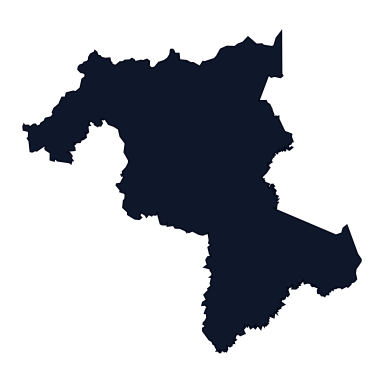 Caucasia, Antioquia, Colombia
{"feature_id": "7082276B49158804939428", "entity_name": "Caucasia", "entity_type": "district", "adm_level": 2, "iso_a3": "COL", "parent_name": "Colombia", "parent_adm1": "Antioquia", "projection": "orthographic", "projection_center": [-75.012, 7.838], "detail": "fine", "context": "isolated", "style": "filled", "palette": "ink", "viewbox_px": 384, "rotation_deg": 0, "n_neighbors": 0, "source": "geoboundaries", "source_scale": "gbopen_adm2", "svg_char_len": 5950}
<svg xmlns="http://www.w3.org/2000/svg" viewBox="0 0 384 384"><path d="M360.9,261.5L361.0,259.3L357.5,254.2L346.9,225.2L343.2,228.2L341.9,233.2L335.9,235.2L275.2,209.4L274.1,207.9L276.3,208.6L276.9,203.7L278.7,202.1L276.9,202.6L276.3,201.3L278.3,199.3L277.1,199.4L276.8,198.2L278.0,196.3L273.9,194.2L275.2,193.3L273.4,190.8L275.4,191.7L276.0,190.7L272.8,187.6L274.8,185.7L273.7,186.1L273.1,184.4L271.2,184.6L270.0,187.6L268.7,188.0L268.1,186.9L269.2,184.1L264.0,181.9L264.5,180.8L263.2,180.1L264.0,179.0L262.4,178.8L261.8,177.0L266.3,172.6L269.7,167.5L268.2,166.3L268.9,164.1L267.9,164.2L267.9,163.0L269.2,163.7L271.9,162.0L270.8,161.1L272.5,157.4L273.8,156.8L273.9,154.9L275.6,155.2L273.6,153.8L275.4,152.3L277.3,153.6L278.8,150.4L279.3,151.5L280.9,150.9L282.3,148.8L282.6,150.7L284.1,149.5L285.0,150.8L285.7,149.9L284.6,148.4L285.0,147.2L289.3,150.1L292.6,147.5L291.7,146.8L289.5,148.7L288.2,146.5L288.8,144.5L290.7,144.1L291.9,141.7L293.0,141.6L291.2,136.8L291.6,134.2L284.6,131.5L278.7,119.0L278.7,116.2L277.2,116.8L276.0,116.1L275.2,117.3L273.3,115.8L273.8,114.9L272.4,111.2L271.6,111.5L272.0,109.4L269.6,104.5L267.2,103.1L266.1,100.7L258.8,100.8L268.5,74.9L271.3,77.1L274.3,76.1L280.5,77.5L282.7,75.8L281.6,73.7L281.4,31.4L276.3,38.1L274.2,45.2L272.6,46.8L263.4,45.4L262.1,44.0L256.4,44.3L248.0,37.0L243.0,42.3L237.8,44.3L234.9,46.7L226.9,46.4L220.6,49.2L216.6,56.4L214.2,58.8L204.6,61.9L202.9,61.6L199.9,66.6L193.4,62.8L190.5,62.8L186.7,60.7L179.5,59.9L178.9,53.5L174.9,53.5L173.5,50.1L172.2,49.3L170.7,49.6L170.0,54.5L167.5,58.4L164.2,60.7L158.7,62.5L154.9,67.1L152.4,68.0L150.7,67.6L149.1,65.8L149.4,61.2L147.0,59.4L143.0,60.9L141.1,60.4L135.9,61.6L134.5,61.2L134.2,59.9L132.0,58.5L129.5,60.2L125.0,60.3L122.9,61.9L119.8,62.0L116.1,65.2L114.1,65.3L111.1,63.3L111.6,62.4L110.5,61.8L109.8,58.1L105.5,58.5L101.6,57.6L100.0,55.8L98.0,55.6L96.6,52.0L94.9,50.7L94.7,52.0L90.6,54.1L88.8,57.2L88.6,60.0L86.9,61.6L84.1,62.4L83.0,64.1L79.7,65.3L78.5,66.7L78.0,69.4L80.5,72.1L84.7,73.3L85.3,74.7L85.0,77.0L82.1,79.1L80.3,87.9L75.7,91.8L73.1,91.3L66.4,93.0L65.5,97.3L61.9,97.4L59.0,104.2L54.1,108.3L52.4,112.3L53.4,114.1L51.2,117.0L45.4,118.4L44.4,121.0L40.9,123.2L40.6,124.8L37.0,126.4L35.4,124.2L33.4,124.4L29.9,127.2L28.6,125.4L24.4,125.4L23.9,124.4L23.0,126.6L23.5,130.1L28.1,131.1L28.8,132.5L28.5,137.4L27.4,138.4L29.2,140.9L30.3,151.5L32.2,151.9L34.9,150.5L36.7,150.9L44.0,145.9L45.8,145.9L45.0,148.3L45.7,149.9L50.4,152.8L50.3,159.9L54.1,161.0L54.7,159.1L55.9,159.0L57.5,160.8L69.4,162.5L71.0,163.7L71.7,160.8L72.9,160.6L71.2,158.4L72.0,155.9L69.6,152.7L67.7,152.3L69.0,150.9L74.9,150.3L74.6,147.6L73.2,145.9L75.5,143.8L74.1,142.7L80.1,142.3L81.0,140.3L82.7,139.4L81.8,138.8L84.3,137.6L84.3,138.8L86.2,137.3L85.5,132.5L86.9,133.4L88.4,132.1L87.7,126.8L88.7,125.2L90.1,125.3L88.9,123.3L89.9,121.4L92.0,121.3L93.1,122.6L95.1,122.9L94.4,124.5L97.7,126.5L98.7,125.5L100.7,125.9L102.2,123.2L100.7,119.8L101.3,119.1L103.3,119.7L104.8,118.6L108.6,124.3L113.6,126.0L118.6,129.1L120.2,136.4L125.4,143.4L124.2,152.2L128.8,160.4L128.6,162.9L126.4,167.4L122.5,171.6L123.0,174.2L121.1,174.5L121.6,175.9L122.7,175.4L123.8,177.1L121.0,182.3L121.3,183.3L116.7,184.0L116.3,185.2L120.5,190.4L120.0,191.7L124.9,193.3L125.4,196.0L124.8,199.7L123.6,200.4L122.9,207.5L127.7,212.0L127.8,214.6L134.9,218.9L139.4,219.3L141.5,217.5L139.6,215.6L141.1,212.5L145.2,215.0L146.5,217.1L148.6,214.3L151.7,215.8L152.4,214.7L155.8,215.0L157.4,212.7L160.4,223.8L161.8,224.6L165.4,224.8L167.0,223.4L167.2,226.1L173.5,225.3L175.2,228.0L179.9,228.1L185.6,230.7L186.9,232.5L187.6,231.4L188.9,232.4L192.4,230.8L198.7,234.1L202.6,235.0L208.2,233.0L209.4,240.2L208.8,243.2L211.2,244.9L208.1,247.3L209.7,254.0L211.1,256.4L207.7,257.0L206.0,260.0L207.5,264.8L204.2,267.2L210.6,268.9L210.2,270.3L212.2,273.5L211.9,275.7L209.9,277.1L211.7,277.4L210.3,283.7L211.4,285.8L207.8,288.8L208.7,290.1L204.0,294.9L206.6,299.9L202.7,302.4L202.0,305.3L205.3,305.0L207.6,307.9L206.3,308.5L204.6,312.7L204.5,313.4L206.6,313.7L207.0,317.7L204.5,322.2L203.5,322.4L203.2,324.3L204.8,325.0L205.1,326.9L202.8,328.2L202.8,331.0L209.1,339.7L212.0,341.4L213.1,344.2L215.6,345.4L215.0,346.0L217.2,350.2L216.5,351.0L218.4,351.0L220.4,349.7L218.7,351.8L219.8,352.6L220.7,352.5L221.3,350.7L222.9,350.4L224.2,351.7L225.4,351.0L226.4,351.7L227.4,349.4L226.7,349.0L227.4,348.3L226.9,345.5L230.1,346.7L231.9,345.6L231.5,344.2L233.2,343.5L232.5,343.0L234.4,343.3L233.6,339.9L234.8,340.7L236.2,339.8L234.9,338.8L236.1,333.9L237.0,334.6L237.7,333.4L240.3,335.5L244.9,333.5L243.1,329.7L244.7,327.9L243.8,328.0L245.1,326.3L244.4,326.0L244.8,325.1L247.5,326.8L247.9,325.1L249.1,325.3L250.5,328.6L255.4,325.2L254.3,327.6L255.4,328.6L256.9,326.2L258.4,326.1L260.8,329.2L261.8,325.8L263.9,325.0L264.3,326.0L264.6,324.2L265.9,324.7L264.7,325.8L265.9,325.9L268.3,323.3L267.5,322.6L268.3,321.1L267.5,321.0L268.6,320.9L267.9,319.9L269.1,318.3L268.4,317.0L269.9,315.3L270.8,314.8L270.4,316.4L273.9,317.7L274.7,312.2L276.8,313.7L276.0,312.0L277.8,311.4L276.9,309.8L278.5,309.1L278.1,308.4L279.1,308.7L279.0,307.6L280.6,308.3L280.9,306.3L284.6,304.6L281.5,302.4L280.4,303.0L281.5,300.2L281.0,299.2L283.6,299.4L283.3,298.7L284.9,298.6L285.9,295.5L287.7,296.4L289.2,294.4L288.3,291.8L287.1,291.9L288.0,290.4L286.6,286.6L288.3,288.5L289.1,287.2L291.5,286.8L292.4,284.9L293.3,286.6L292.1,288.8L295.7,288.8L296.3,287.4L296.8,288.2L298.1,287.1L297.5,285.7L300.2,285.1L298.7,283.1L300.7,283.4L303.4,280.1L304.5,283.7L307.9,282.8L311.6,283.7L311.0,284.9L312.0,286.1L312.7,285.2L313.0,286.4L314.2,286.3L313.9,285.2L315.4,285.2L315.5,286.9L319.1,288.2L317.8,289.7L318.7,290.9L317.5,291.1L317.8,293.2L320.2,293.6L321.6,295.7L323.2,295.5L324.7,296.5L325.9,294.4L328.6,294.6L328.7,291.6L330.4,291.7L331.2,289.5L333.0,290.2L332.8,289.0L336.5,288.2L336.2,287.3L341.3,287.7L341.9,288.6L346.6,286.1L348.0,287.1L350.7,284.5L351.3,282.5L354.2,281.8L356.5,279.1L355.2,273.2L355.8,269.0L360.9,261.5Z" fill="#0f172a" stroke="#020617" stroke-width="1.5"/></svg>